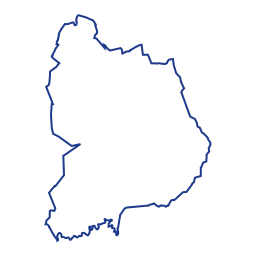 outline of Quechultenango, Guerrero, Mexico
{"feature_id": "50627088B58610897814329", "entity_name": "Quechultenango", "entity_type": "district", "adm_level": 2, "iso_a3": "MEX", "parent_name": "Mexico", "parent_adm1": "Guerrero", "projection": "natural_earth1", "projection_center": [-99.221, 17.32], "detail": "fine", "context": "isolated", "style": "outline", "palette": "blue", "viewbox_px": 256, "rotation_deg": 0, "n_neighbors": 0, "source": "geoboundaries", "source_scale": "gbopen_adm2", "svg_char_len": 5521}
<svg xmlns="http://www.w3.org/2000/svg" viewBox="0 0 256 256"><path d="M65.0,24.0L61.3,29.0L61.3,29.3L60.3,30.9L60.0,31.5L58.8,33.6L58.9,34.1L58.8,34.3L58.8,34.5L59.0,34.8L59.0,35.0L58.8,35.2L58.8,35.6L58.7,35.9L58.7,36.0L58.6,36.3L58.6,36.5L58.6,37.3L58.5,37.5L58.1,38.1L58.1,38.3L58.0,38.6L58.1,38.8L58.1,39.2L58.0,39.7L58.0,39.9L57.8,40.0L57.6,40.2L57.5,40.3L57.4,40.8L57.2,41.0L57.1,41.3L56.8,41.7L56.8,43.9L56.7,44.1L57.4,44.2L58.1,44.5L58.4,44.8L58.1,45.1L57.6,45.9L57.0,46.5L55.6,48.7L54.0,52.2L52.2,55.3L52.6,55.6L51.8,56.9L52.6,57.7L54.3,59.2L59.3,63.1L56.2,67.0L50.0,71.5L50.0,74.6L49.8,77.2L49.6,80.0L49.2,83.7L48.7,85.1L46.2,86.8L52.9,104.1L51.7,104.1L51.0,114.5L51.8,128.1L53.2,133.8L58.7,136.6L71.7,146.0L80.4,144.1L63.3,155.9L64.0,175.1L55.4,186.2L54.7,185.9L49.0,192.8L55.3,208.3L54.3,210.9L50.9,210.3L49.8,211.2L49.7,217.3L46.5,220.5L45.7,223.8L45.6,224.2L46.0,224.1L46.3,224.1L46.7,224.2L47.1,224.4L47.9,225.0L48.6,225.6L48.9,226.0L49.2,226.4L49.2,226.5L49.2,226.9L49.1,227.1L49.5,227.4L51.6,231.3L54.4,236.2L57.5,240.1L57.4,240.6L57.9,240.4L58.0,240.2L58.1,239.9L58.1,239.5L58.0,239.1L57.7,238.3L57.3,237.4L57.2,236.4L57.4,235.5L58.1,234.1L58.8,233.3L59.3,233.0L59.7,233.0L60.2,233.2L61.3,234.3L61.5,235.4L61.4,236.4L61.6,236.9L61.9,237.1L62.5,237.1L63.6,237.0L63.9,237.1L65.0,237.8L65.4,238.0L65.8,238.1L66.3,238.0L66.8,237.9L67.3,237.6L68.0,237.5L68.5,237.5L69.1,238.2L69.9,239.2L70.0,239.6L70.2,239.8L70.5,239.8L70.8,239.7L71.4,239.1L72.2,237.8L73.4,237.0L73.6,236.8L73.7,236.4L73.9,236.1L74.2,235.9L74.4,235.9L74.8,236.0L75.2,236.1L75.6,236.3L75.9,236.6L76.2,236.9L76.5,237.2L76.8,237.4L77.1,237.4L77.6,237.3L77.9,237.1L78.2,236.9L78.8,236.3L79.5,235.8L79.8,235.8L80.1,235.9L80.8,236.2L81.1,236.2L81.3,236.0L81.5,235.7L81.8,235.4L81.9,235.0L81.9,233.8L82.1,233.1L82.6,232.9L83.1,232.8L83.7,232.9L84.2,233.1L84.7,233.3L85.0,233.6L85.5,233.8L86.1,234.2L86.7,234.8L87.4,235.2L87.8,235.3L88.1,235.2L88.5,234.8L89.1,233.8L89.3,233.4L89.3,232.9L89.4,232.7L89.6,232.2L89.8,231.1L89.7,230.0L89.3,228.3L89.2,227.3L89.4,226.8L89.6,226.6L90.0,226.6L90.3,226.9L90.3,227.3L90.3,227.8L90.4,228.4L90.5,228.9L90.7,229.4L91.0,229.8L91.6,229.8L92.0,229.7L92.2,229.4L92.5,228.7L92.6,228.3L92.6,228.0L92.4,227.5L92.5,226.1L93.1,225.9L93.8,225.8L94.2,225.8L94.4,225.9L94.6,226.0L94.6,226.3L94.9,226.6L95.4,227.6L96.0,228.5L96.9,229.3L97.2,229.4L97.5,229.4L97.9,229.0L98.2,228.6L98.5,228.0L98.8,227.5L98.9,227.1L98.7,226.5L98.6,226.2L98.4,225.8L98.1,224.8L98.2,224.6L98.3,224.4L98.8,224.1L99.3,224.2L100.0,224.4L100.4,224.4L100.7,224.3L101.3,224.1L102.0,223.7L102.7,223.3L103.6,223.2L104.4,223.0L104.8,222.8L105.0,222.5L105.2,222.0L105.2,221.6L105.2,221.2L105.1,220.6L104.8,220.0L104.6,219.2L105.1,219.0L105.5,219.3L106.0,219.8L106.2,220.0L106.7,220.2L109.4,220.6L109.9,220.1L111.0,219.6L111.3,219.7L111.7,219.9L111.8,220.1L111.9,220.3L111.7,220.7L111.1,221.1L110.8,221.2L110.7,221.2L109.8,221.8L109.6,222.2L109.4,223.0L109.0,223.5L108.7,223.8L108.7,224.3L108.7,224.8L108.6,225.5L108.5,226.6L110.3,226.2L110.6,226.0L111.0,225.8L111.3,225.5L111.5,225.2L111.8,225.1L112.2,225.3L112.3,225.4L112.4,225.7L112.3,226.4L111.9,227.5L111.9,227.8L112.2,228.0L112.9,228.2L113.1,228.2L113.4,228.2L113.9,228.2L114.1,228.3L114.2,228.5L114.5,229.0L114.6,229.4L114.7,229.9L114.7,230.2L114.5,230.6L114.2,230.9L114.0,231.2L113.9,231.5L114.0,231.8L114.6,231.9L114.9,231.8L115.1,231.7L115.5,231.5L115.9,231.6L116.2,231.8L116.4,232.0L116.5,232.2L116.5,232.4L116.5,232.8L116.3,233.1L116.1,233.7L116.2,234.3L116.3,234.6L116.5,235.2L116.9,235.2L117.3,234.9L117.7,234.6L118.2,233.7L118.1,231.4L117.4,228.5L118.0,228.1L120.2,214.9L124.6,208.5L127.1,207.5L148.8,205.5L149.0,205.1L150.9,204.4L152.3,204.2L154.0,203.4L156.1,205.2L156.4,205.5L158.9,206.7L160.7,205.5L161.2,205.3L161.9,205.8L162.6,205.7L164.0,205.6L165.4,206.4L166.2,206.7L167.2,205.5L167.9,205.7L168.5,205.5L169.8,202.7L171.2,200.4L172.9,199.8L174.3,200.1L182.9,192.3L186.5,191.9L191.9,184.6L192.3,183.5L194.0,182.1L194.6,179.0L194.9,177.9L195.2,177.6L200.8,176.0L200.8,167.5L201.5,166.9L203.1,162.6L206.3,161.4L206.6,156.8L206.6,154.7L209.2,151.4L208.9,149.2L208.7,148.2L210.4,144.9L210.3,143.4L210.4,142.8L208.2,139.5L207.6,137.6L203.8,133.6L201.9,132.5L199.7,127.5L197.6,126.7L196.6,122.2L194.9,119.0L190.2,116.6L181.3,92.2L182.5,90.0L184.1,88.4L183.2,86.6L181.0,81.9L180.1,77.3L176.2,73.2L173.7,65.0L173.0,59.0L169.1,59.6L168.3,60.4L168.2,60.9L167.7,61.2L167.4,61.8L167.3,62.3L167.0,63.0L166.3,63.5L165.8,63.6L165.2,64.0L163.9,64.0L163.2,63.7L162.0,63.8L159.2,63.2L157.6,63.5L156.8,63.5L154.0,63.3L151.4,63.3L151.0,62.7L150.8,61.7L147.9,54.7L142.9,54.8L142.4,50.5L142.1,48.6L141.6,44.7L139.3,45.3L138.4,45.5L137.9,46.0L135.9,46.9L134.8,47.5L134.2,47.9L134.1,48.0L133.0,48.6L132.1,49.2L131.7,49.4L130.8,50.0L130.1,50.1L129.7,51.2L126.0,51.7L123.3,53.2L122.3,53.5L122.2,52.7L122.1,50.7L122.0,50.2L121.7,49.3L120.5,48.1L117.2,48.9L110.1,50.5L107.5,48.7L105.0,45.4L104.2,44.9L104.5,46.1L104.7,47.8L104.7,48.1L96.5,38.6L95.5,38.3L94.2,38.0L95.1,35.2L96.6,33.5L96.9,33.4L97.1,31.1L95.2,25.3L95.9,24.9L95.1,23.5L94.7,22.9L94.4,22.4L93.9,21.7L93.3,20.7L92.8,20.2L91.8,20.0L90.9,19.5L89.5,19.0L89.4,19.0L88.6,18.5L88.0,18.3L87.7,18.1L87.1,17.8L86.5,17.6L85.8,17.4L85.4,17.2L83.3,16.6L82.9,16.4L81.9,16.3L80.9,15.9L79.4,15.4L77.9,15.4L77.0,16.9L76.4,18.7L76.5,19.1L76.4,20.0L76.2,20.7L76.5,20.9L76.6,22.0L76.8,22.4L76.7,23.0L76.4,24.1L76.5,24.4L75.7,25.2L74.9,25.1L74.4,24.7L74.3,24.4L74.1,24.0L73.6,22.5L72.3,22.5L67.7,24.1L65.0,24.0Z" fill="none" stroke="#1e3a8a" stroke-width="2"/></svg>